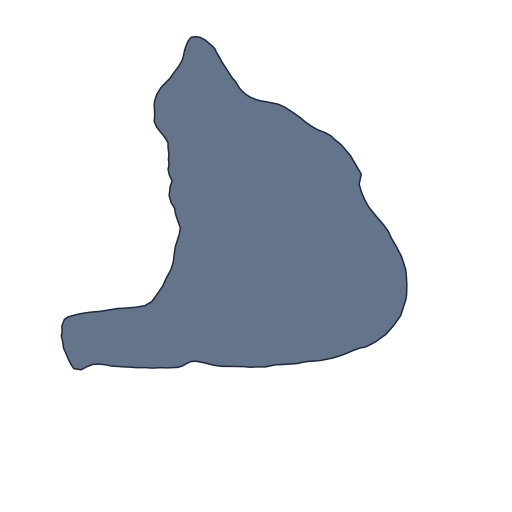 Addoo, Maldives, rotated 294°
{"feature_id": "70690204B51409682910063", "entity_name": "Addoo", "entity_type": "district", "adm_level": 2, "iso_a3": "MDV", "parent_name": "Maldives", "parent_adm1": "", "projection": "robinson", "projection_center": [73.16, -0.641], "detail": "fine", "context": "isolated", "style": "filled", "palette": "slate", "viewbox_px": 512, "rotation_deg": 294, "n_neighbors": 0, "source": "geoboundaries", "source_scale": "gbopen_adm2", "svg_char_len": 2257}
<svg xmlns="http://www.w3.org/2000/svg" viewBox="0 0 512 512"><g transform="rotate(294 256 256)"><path d="M260.2,412.4L270.8,411.3L277.3,410.6L282.2,409.2L291.5,405.3L298.3,401.8L304.5,398.3L310.0,393.4L314.9,388.9L322.3,379.6L327.1,372.8L332.5,366.6L336.2,360.3L341.2,349.7L346.5,339.2L352.1,331.9L357.2,326.4L363.6,321.0L373.6,318.9L386.2,301.3L389.0,295.5L392.4,288.3L394.3,281.1L396.2,275.7L396.8,269.4L396.4,260.8L397.1,254.0L398.5,246.6L400.3,240.6L401.7,233.7L402.5,229.1L403.7,221.0L403.7,214.4L402.3,208.2L400.9,201.9L399.5,196.6L398.9,192.0L398.8,185.8L399.6,180.7L400.9,176.6L402.7,172.5L407.1,166.3L408.8,162.3L412.1,157.1L415.5,151.9L419.5,145.8L422.9,141.6L425.6,137.5L428.6,134.1L430.1,130.6L430.6,128.5L432.7,121.7L433.0,115.8L431.6,111.0L429.2,107.6L424.4,106.5L419.0,106.7L414.9,107.1L408.5,108.5L404.5,108.9L398.2,108.3L390.9,106.6L382.8,105.0L377.0,102.7L370.9,100.6L363.1,99.6L356.6,100.3L352.1,101.7L347.7,104.1L343.3,106.2L337.5,108.3L333.3,112.9L330.8,117.6L327.1,124.8L323.6,129.6L319.4,131.5L313.0,135.3L309.3,136.4L303.7,139.5L299.5,140.4L294.7,143.9L290.5,148.8L284.9,149.3L275.8,152.1L270.3,156.7L266.7,162.0L261.4,165.6L256.1,170.4L251.0,175.4L245.2,177.0L239.0,177.7L232.4,178.4L226.6,179.9L218.4,182.4L215.5,183.1L208.8,183.8L199.2,183.0L190.6,183.0L181.3,181.3L172.1,179.4L165.5,174.7L160.2,166.8L155.4,158.2L151.9,151.2L147.3,144.2L141.9,135.9L137.4,127.7L133.0,120.7L129.9,116.4L127.4,113.3L123.9,109.0L120.0,106.7L112.9,107.2L107.2,110.0L104.0,110.6L97.6,115.3L93.7,117.5L90.0,121.6L84.9,127.1L81.3,131.7L79.0,135.4L81.0,142.6L85.9,146.4L90.5,150.9L93.3,156.4L95.5,162.9L96.7,168.8L98.8,174.4L101.0,180.6L103.3,186.3L105.6,192.8L108.9,200.0L111.5,207.0L115.3,214.5L117.5,220.0L122.3,229.6L125.6,233.6L129.7,236.5L132.8,239.1L135.3,243.4L137.3,251.7L138.6,259.7L140.0,265.5L141.4,269.9L146.1,280.7L150.0,289.9L152.0,295.9L154.5,300.8L156.6,305.3L158.5,309.7L160.5,312.5L164.6,318.2L167.9,324.9L171.8,332.3L174.9,338.0L178.0,342.0L181.1,346.9L184.5,353.4L186.8,357.4L190.7,363.0L193.4,366.8L196.4,370.4L199.8,374.2L204.6,379.0L209.2,383.2L214.4,388.6L217.6,393.2L222.1,396.9L226.4,400.3L231.7,403.2L237.1,406.5L242.4,408.1L248.3,410.0L253.9,411.1L260.2,412.4Z" fill="#64748b" stroke="#1e293b" stroke-width="1.5"/></g></svg>